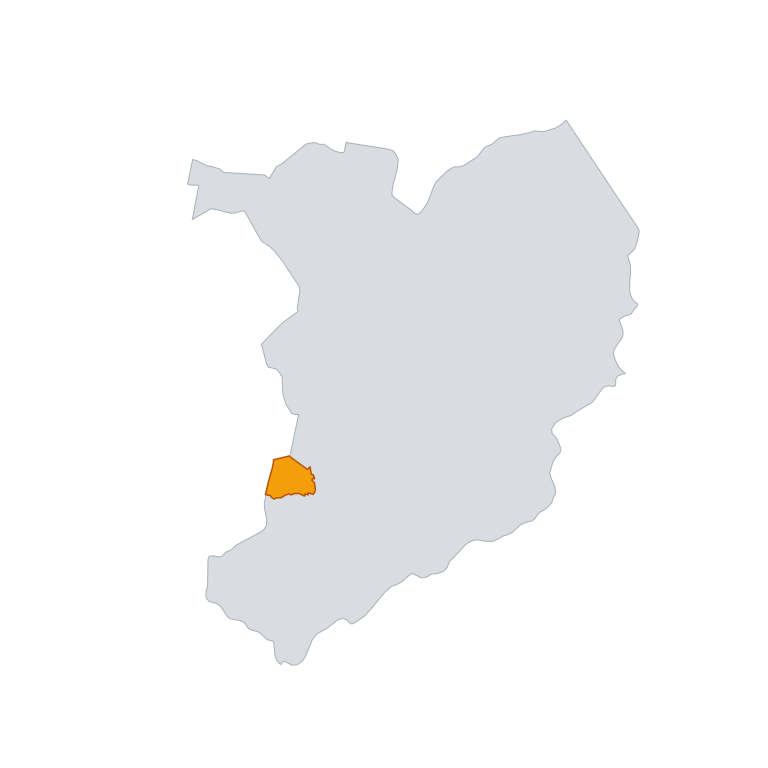 Aweil East, Northern Bahr el Ghazal, South Sudan shown in context, rotated 282°
{"feature_id": "79223893B40976740779216", "entity_name": "Aweil East", "entity_type": "district", "adm_level": 2, "iso_a3": "SSD", "parent_name": "South Sudan", "parent_adm1": "Northern Bahr el Ghazal", "projection": "albers", "projection_center": [27.574, 9.179], "detail": "fine", "context": "in_parent", "style": "filled", "palette": "amber", "viewbox_px": 768, "rotation_deg": 282, "n_neighbors": 0, "source": "geoboundaries", "source_scale": "gbopen_adm2", "svg_char_len": 4424}
<svg xmlns="http://www.w3.org/2000/svg" viewBox="0 0 768 768"><g transform="rotate(282 384 384)"><path d="M612.1,576.7L590.6,598.8L589.1,600.2L586.4,601.9L577.6,602.1L568.4,601.2L559.9,595.7L551.5,600.2L546.1,601.6L542.9,602.2L535.3,603.0L524.6,605.4L519.8,608.4L517.2,610.8L515.1,615.1L514.0,615.5L512.1,615.0L509.3,613.4L503.6,611.0L500.6,605.6L497.9,602.4L495.8,600.7L486.7,606.2L482.4,607.5L478.8,607.4L472.2,604.4L464.9,601.9L461.2,602.0L455.6,605.2L449.3,610.1L446.0,615.0L444.5,617.8L442.2,613.4L440.1,610.7L437.0,609.7L430.9,610.8L429.4,609.3L429.1,605.6L428.2,602.2L426.6,599.6L421.9,597.1L409.8,591.9L400.4,581.6L395.7,576.8L392.3,573.7L387.4,565.5L381.8,559.9L375.1,557.3L370.7,558.6L366.2,564.7L357.7,570.4L353.8,570.6L348.7,567.6L342.4,565.4L331.1,564.5L326.4,567.2L320.3,571.6L315.1,574.2L311.8,574.5L308.8,573.4L305.4,572.9L302.5,572.8L296.4,568.8L293.2,565.9L291.1,563.1L287.7,561.2L283.7,559.6L280.8,557.1L279.4,554.0L277.1,550.0L274.2,546.4L265.0,539.9L262.2,536.1L260.3,532.4L256.5,528.2L252.5,522.7L251.2,514.7L251.0,508.2L250.2,505.2L248.4,502.2L246.5,499.6L243.2,496.7L235.7,492.5L228.0,487.7L224.2,484.9L217.2,483.8L212.9,481.0L209.4,475.0L208.0,470.1L204.4,466.3L202.9,463.5L202.1,460.4L204.9,450.8L200.8,447.4L194.7,442.9L190.4,438.1L187.7,433.6L179.9,427.7L162.8,418.9L153.0,413.2L147.6,408.2L142.9,403.2L142.5,401.2L145.6,396.3L146.1,392.3L143.6,387.8L133.4,379.3L125.3,370.0L119.2,367.1L104.3,364.4L100.1,363.4L95.7,361.6L91.3,357.4L89.8,352.4L92.1,344.6L90.7,342.2L88.2,341.5L88.9,339.9L91.8,336.1L96.4,333.6L108.7,329.8L109.4,328.4L109.6,323.4L110.7,321.0L114.9,314.3L115.5,311.6L115.8,305.8L116.4,303.0L117.6,301.1L121.0,297.7L122.2,295.7L122.7,291.3L122.4,282.5L124.1,279.0L131.9,271.1L134.0,267.6L134.7,264.4L134.7,261.1L135.1,257.9L137.5,254.8L139.4,253.9L145.1,252.9L148.9,253.6L176.0,248.3L179.1,249.0L180.5,252.3L180.4,257.4L180.8,259.9L182.3,261.7L186.5,264.2L189.5,268.3L191.1,269.8L195.4,272.7L215.5,296.3L221.1,298.5L226.6,297.7L237.6,292.9L243.0,291.6L281.3,293.0L285.6,292.3L285.8,292.4L291.7,304.2L294.4,306.9L336.4,306.9L335.6,303.6L336.1,299.8L343.5,292.6L344.6,291.7L351.0,288.2L357.3,285.9L369.5,283.1L373.9,278.8L376.3,274.9L376.4,267.2L378.0,265.9L380.8,264.1L394.9,257.2L397.2,255.7L422.2,271.5L436.2,284.0L437.1,284.6L437.8,284.9L438.5,284.4L439.1,283.8L440.8,283.3L446.8,283.0L458.1,282.3L461.8,280.8L484.2,258.0L489.9,250.7L491.3,249.2L494.5,244.0L497.9,235.2L498.5,234.2L523.0,212.7L523.9,211.1L524.1,209.7L520.3,202.7L519.4,199.1L519.2,193.5L519.8,184.9L519.5,179.4L519.1,177.9L518.9,177.6L505.0,162.3L539.7,161.6L539.8,159.7L539.7,159.1L539.0,157.2L538.6,154.7L538.6,153.4L538.7,152.1L538.8,151.4L538.6,150.8L538.7,150.5L538.8,150.3L563.8,150.2L563.5,154.6L560.7,165.0L560.8,171.2L560.2,178.2L559.4,180.4L558.1,182.1L557.7,182.9L557.7,183.7L563.5,223.3L563.2,224.9L561.8,227.4L561.5,228.2L561.4,228.9L562.0,229.3L573.6,233.4L574.2,233.6L574.6,234.0L578.9,239.0L602.0,257.4L602.8,258.4L605.2,264.2L605.5,265.1L605.6,266.5L605.6,267.6L605.0,271.2L605.3,272.8L605.7,273.8L606.0,275.0L606.0,275.4L605.8,276.3L602.6,283.2L601.5,288.0L601.3,292.1L601.5,294.5L601.9,296.0L602.3,296.6L602.6,296.8L612.5,296.7L612.4,298.9L614.4,334.6L614.5,338.6L614.2,343.7L613.1,345.7L610.3,348.6L606.8,351.2L598.0,352.1L590.5,352.1L585.3,351.6L578.1,351.5L571.3,352.2L568.8,354.4L560.2,373.6L557.5,378.4L556.8,381.1L557.7,382.8L561.2,385.1L568.9,388.4L577.8,390.2L584.4,391.0L588.9,391.8L592.3,392.8L605.0,401.2L609.1,405.1L611.4,408.7L612.0,412.5L613.9,416.2L625.5,427.9L636.5,433.3L640.8,439.6L644.9,442.6L648.8,445.8L650.9,450.7L656.0,464.9L659.3,472.3L662.7,478.4L664.2,488.3L666.9,492.7L669.6,498.1L674.1,502.9L678.9,506.5L679.8,507.5L633.3,555.0L612.1,576.7Z" fill="#d9dde1" stroke="#a8b0b8" stroke-width="1"/><path d="M287.5,329.0L284.6,326.8L288.7,317.5L293.8,306.1L287.0,291.8L284.9,292.0L284.1,292.1L282.8,292.2L281.6,292.2L280.3,292.2L279.1,292.2L277.0,292.1L274.1,291.9L270.5,291.7L267.9,291.5L266.5,291.4L264.2,291.3L263.8,291.3L259.8,291.2L256.4,291.1L251.6,291.0L251.1,291.1L251.2,295.9L249.7,297.5L248.6,300.5L250.0,301.9L251.4,307.0L255.0,310.8L256.8,314.1L256.2,316.2L258.3,319.3L259.2,323.8L257.9,329.0L258.2,329.8L259.9,329.5L259.9,332.9L261.8,332.5L261.3,337.4L261.3,337.6L262.2,338.0L263.8,338.7L266.7,338.8L272.8,336.6L275.0,333.4L276.9,333.9L276.7,335.5L277.9,335.5L280.6,333.5L280.6,331.6L287.5,329.0Z" fill="#f59e0b" stroke="#b45309" stroke-width="1.5"/></g></svg>